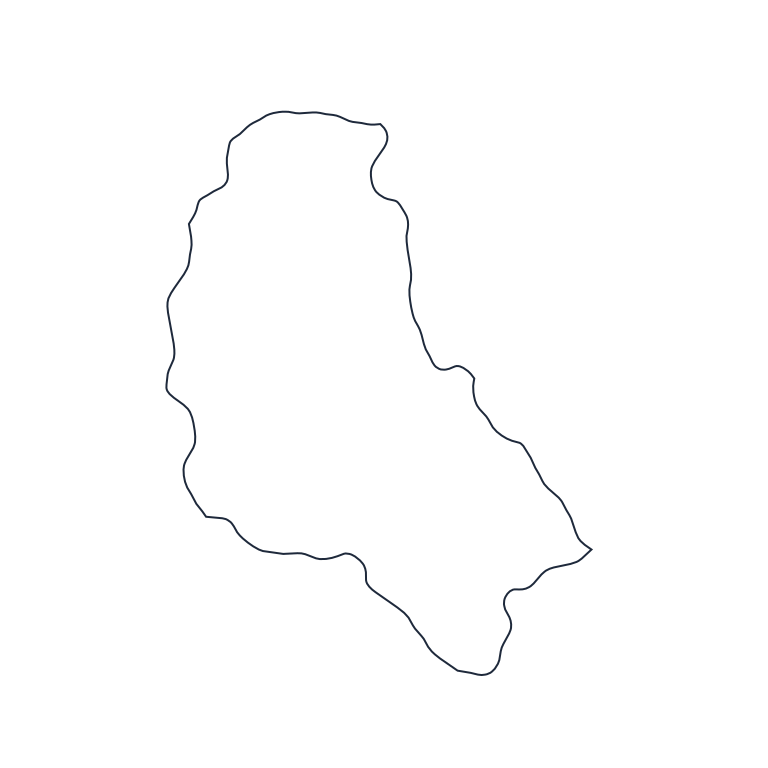 Altamira, Puerto Plata, Dominican Republic (orthographic projection), rotated 215°
{"feature_id": "3306468B71353623072064", "entity_name": "Altamira", "entity_type": "district", "adm_level": 2, "iso_a3": "DOM", "parent_name": "Dominican Republic", "parent_adm1": "Puerto Plata", "projection": "orthographic", "projection_center": [-70.789, 19.642], "detail": "fine", "context": "isolated", "style": "outline", "palette": "slate", "viewbox_px": 768, "rotation_deg": 215, "n_neighbors": 0, "source": "geoboundaries", "source_scale": "gbopen_adm2", "svg_char_len": 3718}
<svg xmlns="http://www.w3.org/2000/svg" viewBox="0 0 768 768"><g transform="rotate(215 384 384)"><path d="M313.2,440.3L318.5,442.0L322.4,442.7L328.2,442.7L331.8,442.0L333.4,441.3L334.8,440.4L335.9,439.2L339.3,433.9L341.5,431.4L342.8,430.3L345.8,428.5L347.7,428.0L351.4,427.8L353.3,428.2L356.6,429.5L362.7,433.0L369.6,436.3L374.2,439.6L381.4,445.8L385.9,449.1L389.2,450.9L394.5,453.4L397.8,455.5L400.9,458.0L405.5,462.2L409.8,466.6L413.9,471.2L417.4,476.0L419.2,479.5L421.6,484.8L424.8,489.6L428.7,494.2L441.6,507.4L447.0,513.5L450.5,518.2L453.7,525.1L455.6,528.3L457.9,531.2L460.6,533.6L462.1,534.6L465.5,536.3L473.4,539.7L476.5,540.6L478.1,540.8L479.6,540.6L481.1,540.1L487.1,537.6L490.7,536.7L496.5,536.4L500.4,536.9L502.3,537.5L505.7,539.2L508.8,541.5L511.5,544.1L514.1,547.0L516.3,550.1L518.0,553.5L518.6,555.5L519.4,561.5L519.5,577.8L520.0,581.7L521.2,585.5L523.1,588.6L525.8,591.2L527.2,592.2L530.6,593.7L536.1,594.8L540.5,591.1L543.5,589.0L546.8,587.2L552.1,584.9L560.1,580.7L563.6,579.4L573.2,577.6L576.9,576.6L580.2,575.1L586.6,571.6L591.8,569.4L595.2,567.6L598.2,565.5L608.5,557.2L611.6,555.3L618.5,552.1L623.1,549.0L626.0,546.5L630.0,542.5L632.4,539.5L634.4,536.4L637.4,529.3L640.9,522.9L642.4,519.5L643.5,515.7L645.4,506.2L648.4,498.4L648.9,495.2L648.8,493.6L647.7,490.5L642.4,479.1L639.2,474.5L631.9,466.0L630.0,462.9L629.3,461.2L628.8,459.3L628.8,455.5L629.8,451.9L634.0,444.2L636.9,437.4L639.1,432.9L640.2,429.9L640.4,428.3L640.2,426.7L639.3,423.7L637.5,419.1L636.6,415.4L636.1,411.4L635.6,403.2L626.6,394.1L623.9,390.9L621.4,387.6L619.5,384.1L617.2,378.8L613.8,372.4L612.3,369.0L611.4,365.1L610.8,359.1L610.8,342.6L610.6,336.4L609.7,330.5L608.1,326.7L605.9,323.3L601.9,318.6L579.5,296.5L575.4,291.8L573.0,288.5L571.1,285.0L570.4,283.1L568.1,271.6L566.9,268.1L561.9,258.9L560.0,256.0L558.7,254.8L557.2,253.9L553.8,252.8L548.2,252.2L536.3,252.0L530.4,251.1L526.8,249.7L522.0,246.5L517.7,242.7L512.2,237.1L508.5,232.7L505.4,227.9L504.7,226.2L503.6,222.3L502.5,208.4L501.7,204.5L501.1,202.6L499.2,199.0L495.4,194.1L490.9,189.8L485.8,186.3L478.8,183.2L469.0,178.2L459.6,175.4L453.6,173.2L439.4,181.3L436.1,182.6L434.2,182.9L430.5,182.9L428.7,182.5L425.4,181.3L419.2,178.3L415.2,177.2L411.0,176.5L404.5,176.0L398.0,176.0L391.6,176.6L387.4,177.7L369.1,187.0L357.9,195.7L354.5,197.9L350.9,199.4L339.7,202.2L336.1,203.8L331.2,207.4L326.9,211.7L323.3,216.3L319.4,222.0L318.2,223.2L314.8,225.0L312.9,225.6L308.8,226.1L302.5,225.7L298.4,224.7L296.4,223.9L293.4,221.9L290.9,219.5L286.1,212.9L284.9,211.8L283.4,210.8L279.8,209.5L275.8,208.8L271.6,208.6L244.9,208.6L236.2,208.1L229.9,206.7L221.8,202.8L218.3,201.4L208.9,199.1L205.2,198.0L197.1,194.0L191.4,192.3L187.2,191.7L180.7,191.3L159.3,191.4L147.3,197.1L140.4,199.8L137.1,201.6L134.4,204.0L133.2,205.3L131.2,208.5L130.6,210.4L129.9,214.3L130.2,220.2L131.2,224.0L135.1,232.1L136.4,235.7L137.1,239.6L138.4,251.4L139.3,255.2L140.0,257.0L142.0,260.1L144.5,262.7L147.4,264.8L155.4,268.8L158.1,271.1L159.4,272.4L161.3,275.5L162.0,277.3L162.4,279.2L162.6,282.9L162.0,286.4L160.4,289.5L159.2,290.7L155.3,293.3L152.7,295.3L150.4,297.8L148.6,300.9L147.9,302.6L147.0,306.4L145.8,318.2L144.9,322.1L144.3,324.0L142.3,327.7L139.7,331.1L128.0,343.6L124.2,348.7L123.2,350.6L121.9,354.4L119.1,367.4L127.3,367.4L132.9,368.1L136.4,369.2L141.9,372.5L153.5,381.1L156.9,382.9L162.1,385.2L170.2,389.4L171.9,390.1L175.7,391.1L189.5,392.6L195.3,393.9L198.6,395.4L205.0,398.9L212.0,402.1L221.5,407.7L234.4,413.2L237.5,413.7L239.1,413.6L246.6,410.9L252.2,409.7L258.1,409.3L264.2,409.6L270.0,410.9L278.2,414.8L281.6,416.1L291.1,418.2L294.8,419.5L296.6,420.4L300.0,422.7L303.1,425.5L306.0,428.5L309.8,433.5L311.7,437.1L313.2,440.3Z" fill="none" stroke="#1e293b" stroke-width="2"/></g></svg>